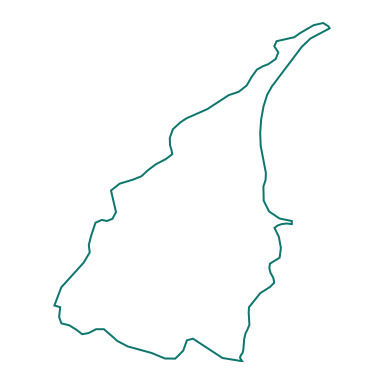 an SVG outline of Yilan
{"feature_id": "TWN-1163", "entity_name": "Yilan", "entity_type": "County", "adm_level": 1, "iso_a3": "TWN", "parent_name": "Taiwan", "parent_adm1": "", "projection": "natural_earth1", "projection_center": [121.682, 24.662], "detail": "fine", "context": "isolated", "style": "outline", "palette": "teal", "viewbox_px": 384, "rotation_deg": 0, "n_neighbors": 0, "source": "natural_earth", "source_scale": "10m", "svg_char_len": 1385}
<svg xmlns="http://www.w3.org/2000/svg" viewBox="0 0 384 384"><path d="M329.6,28.3L310.5,38.5L301.7,46.9L271.9,86.4L267.2,94.7L263.5,106.4L261.1,119.8L260.2,133.1L260.7,146.0L265.9,172.9L265.6,179.8L263.4,186.6L263.7,200.7L269.1,211.5L279.5,218.5L291.8,221.0L291.8,224.1L286.6,223.5L281.6,224.1L277.5,225.6L274.5,227.9L278.8,236.6L280.9,247.9L279.6,257.7L270.0,263.6L269.3,267.9L270.6,273.1L273.3,277.8L274.2,282.7L270.2,286.8L260.3,293.1L249.0,307.2L248.7,312.7L249.4,324.8L247.5,329.5L245.5,333.4L244.2,339.0L243.3,350.1L242.5,353.0L240.8,355.3L240.0,357.7L241.7,360.6L242.0,361.0L240.3,360.9L222.5,358.0L193.0,338.7L186.9,340.3L183.2,350.7L175.3,358.6L164.9,358.5L151.7,353.0L127.6,346.4L117.2,340.9L113.3,337.3L103.9,329.2L96.1,329.2L88.5,333.1L82.2,334.2L76.3,329.7L69.3,325.3L61.4,323.4L59.1,317.0L60.2,307.2L54.4,305.5L61.3,287.3L83.7,262.6L89.7,252.5L88.8,244.9L90.9,236.6L94.6,225.3L95.5,222.7L101.8,219.9L106.9,221.0L112.4,218.8L116.0,212.1L111.0,190.5L119.6,183.7L124.5,182.2L133.7,179.4L141.5,176.2L147.6,170.5L155.5,164.5L166.1,158.9L172.3,154.1L171.6,150.6L170.0,145.0L169.8,137.8L172.9,129.2L180.4,122.3L186.5,118.3L207.3,109.1L228.8,95.1L238.7,91.8L246.7,85.5L251.7,76.8L256.9,69.6L262.8,66.3L268.4,64.1L275.7,59.0L278.3,52.4L274.3,46.3L276.6,41.2L294.3,37.2L300.2,33.0L313.6,25.2L323.1,23.0L328.4,26.3L329.6,28.3Z" fill="none" stroke="#0f766e" stroke-width="2"/></svg>